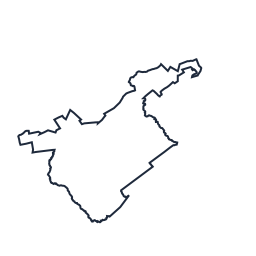 the district of Soy, Rift Valley, Kenya, rotated 233°
{"feature_id": "3690345B57881492347127", "entity_name": "Soy", "entity_type": "district", "adm_level": 2, "iso_a3": "KEN", "parent_name": "Kenya", "parent_adm1": "Rift Valley", "projection": "orthographic", "projection_center": [35.247, 0.733], "detail": "fine", "context": "isolated", "style": "outline", "palette": "slate", "viewbox_px": 256, "rotation_deg": 233, "n_neighbors": 0, "source": "geoboundaries", "source_scale": "gbopen_adm2", "svg_char_len": 5783}
<svg xmlns="http://www.w3.org/2000/svg" viewBox="0 0 256 256"><g transform="rotate(233 128 128)"><path d="M68.3,55.0L68.4,55.9L69.1,56.4L68.9,56.9L69.1,57.4L69.7,57.8L69.7,58.2L70.2,58.4L69.6,59.0L69.0,59.8L68.7,59.7L68.3,60.0L69.5,74.2L73.6,88.3L73.7,86.5L73.5,86.0L73.6,85.5L73.8,85.2L73.8,84.6L74.8,84.6L75.1,84.4L75.2,83.9L76.3,83.6L77.9,84.1L78.2,83.9L79.2,83.9L79.7,84.1L80.0,84.1L80.3,84.4L80.7,84.5L81.1,84.5L81.6,84.4L82.4,85.0L82.2,124.5L83.3,124.5L83.8,124.2L84.2,124.2L84.9,124.5L85.4,124.3L86.3,124.1L86.8,124.1L87.2,124.2L87.0,142.5L87.1,149.7L87.0,153.8L86.3,154.7L86.0,156.0L85.4,156.8L86.3,158.1L86.8,158.6L87.3,158.2L87.6,157.8L88.4,157.3L88.9,156.4L89.6,156.3L90.3,155.9L90.7,155.9L91.4,155.4L92.0,155.7L92.3,155.5L92.6,155.0L94.2,154.0L94.5,154.3L95.0,154.3L95.4,154.0L95.7,154.0L96.8,154.7L97.3,154.8L97.9,154.7L98.8,153.9L100.1,153.6L100.5,153.8L100.7,154.2L100.9,154.7L101.4,154.7L102.0,154.5L102.7,154.1L103.1,154.2L103.8,154.7L104.0,155.2L104.3,155.2L104.7,155.4L106.0,155.3L107.3,155.3L107.6,155.0L108.0,154.5L108.4,154.3L109.4,154.2L110.3,154.0L111.1,154.6L111.6,154.7L112.6,154.4L113.1,154.5L113.9,154.8L115.1,155.4L115.4,155.2L115.8,154.2L116.0,153.9L116.5,154.2L116.7,154.6L117.1,154.7L117.7,155.4L118.1,155.4L118.4,155.0L118.9,155.3L119.2,155.0L119.4,154.6L119.7,154.9L119.8,155.5L120.2,155.5L120.8,155.1L121.2,154.7L122.0,154.3L122.9,154.1L123.8,153.7L124.5,153.0L125.2,152.7L125.5,152.4L125.6,152.0L125.6,151.2L125.5,150.7L125.8,150.3L126.0,149.7L126.3,149.5L126.8,149.4L127.1,149.2L128.0,149.1L128.9,150.3L129.4,150.5L130.1,150.6L130.2,151.0L130.4,151.5L130.9,151.7L131.4,151.7L133.1,151.3L133.6,151.4L134.1,151.7L134.2,152.1L135.5,152.8L136.2,153.6L136.2,155.7L136.7,156.1L137.2,156.2L137.6,155.8L137.8,155.3L138.0,155.1L138.5,154.9L138.8,155.2L139.4,156.3L140.0,156.8L139.9,157.3L139.6,157.6L139.6,158.0L139.8,158.5L140.5,159.1L141.0,159.3L141.5,159.1L141.9,158.8L142.5,158.1L142.8,160.3L142.9,160.7L143.1,164.1L143.3,170.2L142.3,170.8L137.7,171.6L136.0,171.7L134.8,172.1L134.4,172.1L134.1,172.3L134.4,173.0L134.5,173.6L134.4,175.0L134.8,175.3L136.8,175.5L137.2,175.7L137.5,177.2L137.5,180.7L137.1,183.9L137.1,186.6L137.6,191.5L135.6,192.2L135.4,195.9L139.9,199.3L139.3,200.5L138.8,206.1L142.0,206.4L139.0,214.7L136.3,215.4L136.2,214.4L135.3,214.4L135.0,216.0L134.5,215.9L134.2,216.0L134.0,216.4L131.6,216.5L131.1,216.4L130.7,216.1L130.6,215.6L130.6,215.0L131.2,212.7L131.2,211.1L130.9,210.6L130.1,209.7L128.0,215.3L128.3,215.7L129.9,220.2L131.3,222.0L131.8,222.6L132.4,222.7L134.8,222.2L135.2,222.2L141.7,224.0L141.9,223.6L142.7,220.0L144.0,218.5L144.5,217.1L145.6,215.6L147.3,209.6L147.9,207.7L143.4,202.0L151.3,198.6L149.6,194.2L159.1,192.8L158.7,192.0L158.5,191.1L158.3,188.7L158.5,187.6L158.5,187.0L159.1,185.7L159.7,183.9L160.2,183.1L160.7,181.5L161.1,180.1L161.5,179.1L161.7,178.6L161.6,177.6L161.6,177.1L162.2,175.7L163.1,174.7L163.7,173.5L165.1,172.1L166.5,171.0L166.7,170.7L166.9,170.3L167.0,168.2L166.7,167.8L166.0,167.0L165.8,166.4L165.9,165.0L165.6,163.3L165.3,162.9L165.4,162.6L166.1,162.0L166.5,160.9L166.5,160.2L166.1,159.4L165.0,158.0L164.5,156.6L164.2,156.3L163.8,156.4L163.1,156.7L162.0,156.8L160.8,156.1L160.4,156.0L159.9,156.3L159.5,156.7L158.5,157.1L158.3,157.8L157.9,158.1L157.1,158.0L156.7,157.8L153.8,156.3L153.9,155.7L154.9,153.4L156.2,149.1L156.6,147.4L156.5,146.7L156.0,143.0L155.2,141.6L153.3,136.7L152.3,128.7L153.7,117.5L151.5,117.4L151.1,115.5L150.1,112.1L149.8,106.7L150.6,107.5L151.7,106.0L158.0,95.9L158.8,93.5L163.0,93.6L163.0,95.6L172.5,93.9L177.2,92.7L172.3,83.6L175.0,82.8L177.2,82.9L178.2,78.9L179.0,74.2L168.6,73.5L169.3,69.5L168.0,67.4L174.3,62.7L175.0,58.6L176.1,53.9L176.6,55.2L179.0,54.1L183.0,45.6L185.5,47.0L186.4,45.9L187.0,44.9L187.1,44.5L187.2,43.5L186.9,42.0L186.9,41.4L186.8,41.0L186.9,40.5L186.8,40.1L187.0,39.3L187.0,38.5L187.7,37.1L187.4,35.4L184.6,34.3L181.4,32.7L179.3,32.0L176.7,37.3L174.5,42.6L167.9,39.2L165.8,37.0L164.4,39.8L155.8,54.7L154.8,56.2L154.4,55.6L154.1,55.4L153.7,55.1L153.6,54.3L153.4,53.8L153.6,53.3L152.9,52.8L152.5,53.1L152.3,52.7L151.9,52.8L151.6,52.3L151.6,51.9L151.3,51.4L150.9,51.2L150.5,50.5L150.7,50.0L150.6,49.7L150.3,49.4L150.3,48.7L149.8,48.7L149.4,47.8L149.6,47.3L149.2,46.7L149.0,46.1L149.5,45.9L149.2,45.4L147.2,44.0L147.0,43.6L145.4,42.9L144.9,43.1L144.0,42.7L143.6,42.9L143.0,42.8L142.7,42.5L142.5,42.2L142.3,41.3L141.7,41.2L141.2,40.7L140.3,39.2L140.0,38.7L139.6,37.0L138.9,36.0L138.4,36.2L135.3,36.0L134.8,35.7L134.7,35.2L134.5,34.9L134.0,34.9L133.7,35.0L133.1,34.4L132.2,34.1L131.6,34.1L130.9,33.7L130.1,33.9L130.0,34.2L129.7,34.4L128.6,34.7L128.2,34.8L128.1,35.9L127.3,36.2L127.5,36.7L127.2,37.1L126.6,37.1L125.2,37.5L124.8,37.4L123.1,38.6L122.8,39.6L122.5,40.1L121.6,40.7L120.3,42.1L119.6,42.5L118.4,42.7L117.3,43.1L117.0,43.0L115.9,43.2L115.2,42.9L114.4,42.3L113.1,42.4L112.8,42.6L112.1,42.4L111.8,42.2L110.8,41.8L109.7,41.7L109.3,41.8L107.7,42.0L107.3,41.8L106.9,41.9L106.4,41.7L106.2,41.4L105.8,41.2L105.6,40.8L105.3,40.8L104.8,40.5L104.4,40.4L104.0,40.6L103.5,40.6L103.0,40.4L101.6,41.0L101.2,40.8L100.8,40.8L99.7,41.1L99.4,41.4L98.8,42.1L98.2,41.8L97.8,41.9L97.4,42.1L96.0,42.8L95.5,42.7L94.9,43.0L94.3,42.9L92.9,42.0L92.0,41.8L90.9,42.3L90.6,42.7L89.9,42.7L88.7,43.1L88.2,43.0L87.7,43.2L87.8,43.6L87.0,44.0L86.6,43.9L85.8,43.3L84.8,43.6L83.8,43.8L83.4,43.7L83.0,43.9L81.9,43.9L81.5,43.7L81.3,43.1L80.4,42.6L79.9,42.7L79.5,43.1L78.8,43.3L77.8,43.4L77.3,43.4L76.8,43.1L76.2,43.0L74.9,43.0L74.5,43.6L75.0,44.3L74.6,44.7L74.6,45.6L74.4,46.0L73.4,46.2L73.0,46.4L72.6,46.9L71.9,46.7L71.4,46.9L71.5,47.3L71.6,47.7L71.1,47.7L70.8,48.0L70.7,48.4L70.4,48.6L69.6,48.9L69.5,49.5L69.8,50.3L69.7,50.7L70.1,50.8L69.8,51.2L70.0,51.6L69.9,52.0L69.9,52.5L69.5,52.6L69.1,53.1L68.7,53.9L68.8,54.4L68.3,55.0Z" fill="none" stroke="#1e293b" stroke-width="2"/></g></svg>